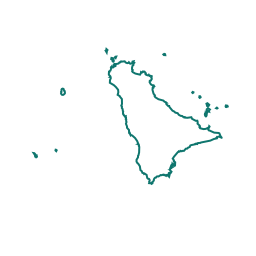 Sicilia, Enna, Italy (Albers equal-area conic projection), rotated 43°
{"feature_id": "23120603B91569774900330", "entity_name": "Sicilia", "entity_type": "district", "adm_level": 2, "iso_a3": "ITA", "parent_name": "Italy", "parent_adm1": "Enna", "projection": "albers", "projection_center": [13.963, 37.152], "detail": "fine", "context": "isolated", "style": "outline", "palette": "teal", "viewbox_px": 256, "rotation_deg": 43, "n_neighbors": 0, "source": "geoboundaries", "source_scale": "gbopen_adm2", "svg_char_len": 5690}
<svg xmlns="http://www.w3.org/2000/svg" viewBox="0 0 256 256"><g transform="rotate(43 128 128)"><path d="M188.0,123.4L185.9,120.9L185.5,120.9L185.4,121.5L185.1,121.3L185.1,121.6L185.0,121.2L184.1,121.1L183.0,120.1L181.6,119.9L181.2,117.6L180.9,111.6L181.3,110.9L181.1,110.5L181.4,110.4L181.4,111.1L181.5,111.3L181.5,110.5L181.4,110.3L182.2,109.3L182.0,108.9L183.2,108.3L183.4,107.6L184.5,106.6L184.4,103.7L185.4,102.6L185.3,101.5L186.1,99.8L185.5,98.4L185.9,97.4L188.3,94.0L188.0,93.8L188.2,93.3L189.5,92.5L189.1,92.0L189.5,91.2L191.1,89.5L191.2,88.9L196.8,81.1L198.3,77.5L200.0,75.0L199.5,74.8L199.6,75.1L199.3,75.2L199.8,73.0L200.3,72.3L203.0,71.3L202.9,71.1L201.3,70.9L198.5,69.6L197.7,69.8L194.2,72.6L188.6,74.5L186.7,74.0L187.0,74.1L186.7,73.6L187.1,72.6L186.6,71.3L186.2,71.3L186.4,71.6L186.6,72.7L185.5,75.6L184.0,77.3L180.9,79.0L179.5,78.6L179.3,77.9L179.6,77.9L178.9,77.4L175.9,77.4L174.9,76.1L173.7,75.4L172.7,76.5L168.6,77.6L167.0,76.9L164.5,80.0L162.8,81.4L162.2,81.8L162.0,81.4L160.6,82.3L159.4,82.3L158.2,83.2L156.1,83.7L154.2,83.3L152.1,84.5L150.7,84.4L148.7,85.0L144.0,84.4L143.1,83.8L142.3,84.5L139.8,84.4L138.5,83.5L138.7,83.3L138.1,83.3L136.8,83.9L135.2,83.8L130.6,86.2L127.0,86.9L125.6,86.5L125.5,86.2L125.4,85.9L126.1,86.0L125.6,85.8L123.3,85.5L119.9,83.4L118.7,81.9L119.0,81.5L118.7,81.2L119.0,80.9L118.6,80.2L118.8,79.6L117.6,79.3L117.2,80.0L115.0,80.5L112.6,79.8L111.8,78.7L112.0,78.4L112.0,78.6L112.3,78.9L112.5,79.1L112.3,78.9L112.2,78.5L112.0,78.3L112.4,78.6L112.0,78.1L112.4,77.6L111.9,76.1L111.6,75.6L110.5,75.2L110.5,74.5L110.0,73.9L108.6,74.6L108.3,75.2L107.0,74.9L107.1,75.5L106.8,75.9L105.0,76.7L103.8,76.6L103.7,75.8L101.6,75.5L100.4,76.5L100.7,77.0L100.1,77.7L100.2,78.0L99.4,78.2L100.0,79.1L100.4,80.8L96.2,83.2L93.3,83.9L92.4,83.7L92.0,82.5L91.6,82.7L90.9,82.3L89.8,81.1L88.9,79.5L89.0,78.2L88.1,77.3L88.1,76.0L86.9,76.1L86.6,75.4L86.0,76.3L86.9,78.0L85.8,79.5L83.8,79.3L83.9,80.2L83.2,81.1L81.6,81.7L80.1,81.5L78.1,83.8L77.0,84.1L78.2,84.3L77.5,84.4L77.6,85.2L77.0,85.7L77.1,87.3L75.5,89.6L76.6,91.3L75.8,92.6L75.9,93.6L75.6,94.2L74.8,94.5L74.9,94.2L74.1,94.9L74.5,95.9L74.4,95.3L75.3,96.4L76.0,98.0L75.7,99.1L76.1,99.6L75.8,99.9L77.0,101.4L77.7,102.1L79.7,102.2L80.2,102.5L80.2,102.8L80.3,103.0L80.5,103.1L80.2,102.7L80.5,102.3L80.3,102.9L80.7,102.7L81.5,103.4L82.1,105.2L83.9,107.3L88.4,106.3L91.2,106.3L94.7,106.8L96.6,108.5L97.8,110.8L100.1,110.3L100.4,110.4L100.0,110.5L103.8,111.0L107.2,114.5L107.9,116.3L108.8,116.3L109.9,117.6L111.1,117.8L112.6,119.1L113.1,119.1L114.1,120.5L115.0,121.2L115.6,121.1L116.3,121.6L117.5,121.3L118.2,122.1L118.0,121.5L118.3,121.5L118.2,121.9L118.4,121.4L118.6,121.8L119.3,121.6L120.2,122.5L120.1,122.8L120.2,123.0L120.9,123.0L121.9,124.2L122.8,124.6L123.6,126.3L126.2,127.5L127.1,128.5L130.1,128.8L132.2,130.9L134.3,131.1L134.5,131.5L134.8,131.8L134.5,131.3L134.9,131.5L134.9,131.2L135.0,131.2L134.9,131.8L135.1,131.0L136.2,130.6L140.0,130.5L143.6,131.3L146.6,132.7L146.5,132.9L146.9,132.7L147.8,133.1L148.1,133.5L147.4,134.4L148.1,133.5L149.2,134.2L152.8,138.3L154.3,140.9L154.3,141.5L155.3,142.6L155.9,145.4L157.2,146.8L159.5,147.3L159.4,147.3L159.4,147.2L159.8,147.1L162.8,147.9L165.8,150.3L167.6,150.2L169.1,151.0L170.4,150.3L170.8,150.4L171.0,150.7L171.3,150.8L170.9,150.4L171.1,150.5L171.2,150.0L173.6,149.6L176.1,151.4L177.5,151.4L178.1,150.9L179.0,151.1L179.8,151.8L180.2,153.0L180.8,153.2L181.1,153.9L182.5,152.8L182.5,152.4L183.3,152.7L183.6,151.8L182.9,150.9L182.7,148.8L182.3,148.5L181.7,147.1L181.7,145.9L182.3,145.1L182.1,144.2L182.3,143.5L183.4,142.6L184.0,140.1L184.8,139.6L185.3,138.5L186.3,138.0L186.2,137.6L188.3,137.1L188.1,136.7L188.6,136.4L188.4,136.2L188.6,136.1L188.6,135.6L189.8,134.9L190.4,135.5L191.3,135.6L190.2,133.6L189.4,134.1L188.9,133.7L188.6,133.0L188.9,132.5L189.5,132.5L189.5,132.8L189.7,133.1L189.8,132.7L189.7,132.3L189.4,132.3L189.9,131.7L189.6,130.3L188.2,130.3L188.1,130.2L188.3,130.1L188.2,130.1L188.5,129.9L188.1,130.2L187.3,129.9L186.6,129.3L186.5,128.5L186.9,128.0L187.5,128.4L187.1,127.7L186.6,128.1L186.0,128.0L185.7,127.1L186.2,127.0L186.3,126.9L185.7,127.0L185.1,125.9L185.0,124.8L185.5,124.3L185.0,123.8L185.6,123.8L186.2,123.2L186.5,123.8L186.3,124.4L186.7,124.8L186.6,123.6L186.9,123.4L187.8,123.9L188.0,123.4ZM54.2,143.4L53.4,143.7L53.0,144.5L53.1,145.2L54.1,146.2L54.3,147.0L54.8,147.1L55.2,148.2L56.2,148.7L57.2,148.7L58.0,148.0L58.3,146.6L58.1,145.5L56.6,144.2L56.1,144.4L54.2,143.4ZM175.3,58.6L173.4,58.9L172.8,60.5L173.4,61.6L174.3,61.8L174.6,62.7L175.1,62.9L175.4,62.2L175.1,61.1L176.1,60.7L175.4,60.3L175.3,58.6ZM171.6,55.6L169.2,55.7L168.8,56.7L170.9,58.0L171.8,58.0L171.6,57.2L171.9,56.7L171.6,55.6ZM175.3,63.3L175.2,63.9L174.6,63.9L174.8,64.1L174.4,64.8L175.0,65.7L176.0,66.4L177.1,66.4L177.2,66.1L176.8,65.0L176.2,64.3L175.4,64.2L175.7,63.6L175.3,63.3ZM69.6,87.1L68.1,88.0L68.7,89.1L70.7,88.9L71.3,89.7L71.9,89.6L71.9,88.6L71.0,88.0L70.2,88.4L69.6,87.1ZM76.7,210.3L76.1,210.7L78.2,211.2L79.4,212.0L79.6,211.6L79.7,212.1L80.8,212.1L80.9,211.7L80.4,211.5L80.8,210.9L80.6,210.7L76.7,210.3ZM185.5,43.9L184.2,44.7L184.5,45.5L185.2,45.9L185.7,45.6L186.3,44.3L185.5,43.9ZM59.8,85.0L58.4,85.0L59.1,86.1L58.9,86.7L60.9,87.3L59.9,85.8L59.8,85.0ZM159.1,55.6L158.6,56.0L159.2,57.0L160.7,57.1L160.2,56.8L160.1,55.9L159.1,55.6ZM104.8,48.7L103.9,49.1L103.7,50.1L104.5,50.2L105.6,49.3L104.8,48.7ZM75.4,89.7L74.3,90.3L75.0,92.8L75.3,91.4L75.0,90.4L75.4,89.7ZM70.7,83.8L70.2,84.4L70.2,85.1L70.6,85.5L71.3,85.4L70.7,83.8ZM91.0,192.9L90.4,192.9L89.9,193.2L90.3,193.9L91.3,193.9L91.0,192.9ZM151.5,57.2L150.7,57.5L150.8,58.3L151.5,58.3L151.7,57.5L151.5,57.2ZM179.9,52.5L179.1,52.5L179.0,53.4L179.8,53.1L179.9,52.5Z" fill="none" stroke="#0f766e" stroke-width="2"/></g></svg>